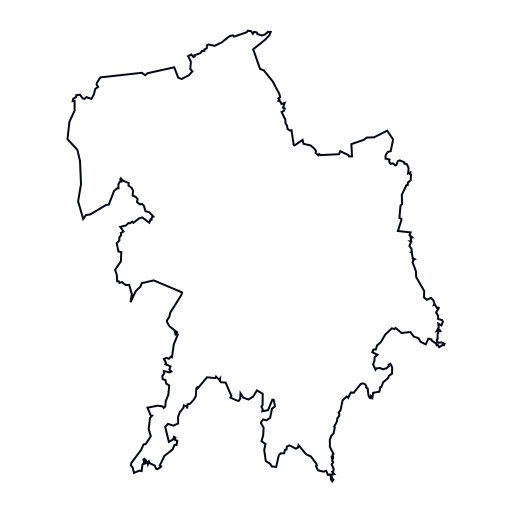 Morelia, Michoacán, Mexico (Equal Earth projection)
{"feature_id": "50627088B87271210555376", "entity_name": "Morelia", "entity_type": "district", "adm_level": 2, "iso_a3": "MEX", "parent_name": "Mexico", "parent_adm1": "Michoacán", "projection": "equal_earth", "projection_center": [-101.279, 19.655], "detail": "fine", "context": "isolated", "style": "outline", "palette": "ink", "viewbox_px": 512, "rotation_deg": 0, "n_neighbors": 0, "source": "geoboundaries", "source_scale": "gbopen_adm2", "svg_char_len": 6041}
<svg xmlns="http://www.w3.org/2000/svg" viewBox="0 0 512 512"><path d="M383.1,382.3L388.0,378.2L388.9,375.8L392.0,373.7L392.2,367.4L390.4,363.8L388.6,364.7L388.8,366.2L386.6,368.2L383.0,369.3L380.0,368.0L376.4,368.4L375.5,369.7L373.1,364.3L374.5,360.5L374.5,357.5L377.5,354.8L372.3,352.2L373.4,349.6L375.8,349.5L377.1,345.4L380.8,342.2L385.3,334.5L391.9,328.3L394.4,329.1L395.6,328.0L401.6,333.0L410.3,332.0L413.8,336.6L418.6,338.2L420.3,341.6L425.8,344.4L428.3,338.7L431.5,339.4L431.7,340.6L435.9,343.4L436.7,345.2L437.6,344.6L439.2,347.2L442.9,344.7L444.0,345.1L444.5,343.8L441.7,342.4L438.5,342.7L437.2,341.9L436.8,339.9L437.6,339.0L437.6,334.0L438.9,331.1L440.3,331.1L439.5,329.8L436.8,330.9L438.7,327.5L438.3,323.6L441.4,325.5L442.9,321.7L442.2,320.2L438.0,318.9L438.1,315.8L436.1,312.4L439.2,307.3L437.4,308.6L434.7,304.3L433.9,304.7L434.4,303.3L433.4,300.4L431.0,297.9L426.8,299.8L424.0,297.4L424.2,291.0L416.2,277.1L415.9,271.2L412.6,262.3L413.3,259.9L414.7,259.2L412.7,258.3L411.9,252.9L410.9,252.3L411.8,251.4L411.4,248.7L409.4,245.9L411.1,242.0L410.2,241.3L411.3,241.3L410.6,237.3L412.1,237.3L409.5,235.0L410.6,232.4L397.9,231.0L401.3,220.4L401.3,218.8L399.4,218.0L400.5,205.5L402.1,204.1L401.8,194.9L406.4,185.2L407.7,185.1L407.9,182.6L410.7,180.2L411.0,174.5L410.1,174.2L410.3,172.5L408.1,173.5L408.6,168.2L406.9,164.2L404.3,163.6L404.4,162.3L399.8,160.4L397.8,161.2L396.4,164.9L395.2,165.4L393.0,163.4L390.6,163.9L389.0,161.2L389.5,159.5L385.5,158.6L385.6,155.3L387.8,151.9L390.7,151.2L393.1,139.5L387.2,130.7L374.1,137.3L366.8,137.6L363.6,139.9L351.4,144.1L352.0,156.4L349.0,156.5L348.5,155.2L340.3,151.2L339.0,154.2L320.5,155.1L319.2,154.1L318.3,155.3L315.6,153.0L316.0,150.9L314.5,148.8L310.7,145.5L303.5,143.8L302.6,139.9L294.6,145.4L293.7,145.0L291.5,130.2L289.8,130.5L287.5,128.8L287.0,125.5L285.6,123.6L285.3,119.7L281.6,112.0L284.1,110.7L284.8,108.4L283.0,107.7L284.7,102.9L281.5,104.0L280.3,101.5L278.5,100.9L279.4,99.4L278.5,98.4L280.2,97.2L279.3,93.8L272.7,81.4L263.9,70.5L260.0,68.8L253.2,49.3L264.9,39.9L269.5,35.1L270.7,32.0L268.0,31.8L264.8,34.6L261.7,35.5L257.2,33.9L257.2,32.6L254.2,31.8L252.9,33.8L251.1,31.2L247.9,30.7L246.6,32.3L234.1,36.6L232.9,35.3L229.5,36.2L221.6,42.5L214.6,45.8L208.4,44.5L207.0,45.4L206.7,48.4L204.5,49.3L204.4,50.9L202.0,50.9L200.5,53.1L194.5,55.2L194.7,56.5L193.3,56.9L191.3,54.5L188.1,56.2L190.9,61.6L190.3,69.0L192.4,71.4L188.7,75.4L181.6,79.0L178.2,77.7L174.2,67.3L147.6,73.2L145.1,75.3L141.9,72.8L100.4,77.4L96.9,82.8L96.6,84.7L98.1,86.9L95.2,89.0L93.9,94.4L91.4,98.9L86.4,97.1L84.6,98.9L82.7,98.4L79.9,94.7L76.3,95.2L76.1,97.0L73.3,98.7L72.7,101.1L74.6,100.9L74.6,110.6L69.4,121.8L67.5,139.1L77.4,149.9L80.0,161.0L81.0,184.2L78.1,201.3L83.2,219.0L85.9,215.1L90.3,214.4L106.2,204.9L108.8,204.6L114.0,191.0L117.3,188.2L118.5,188.3L118.4,184.4L119.9,181.6L121.2,181.6L120.3,179.2L120.9,178.3L122.6,180.5L128.7,183.0L128.5,185.5L131.9,188.2L133.1,190.7L132.6,195.5L135.8,196.9L137.6,199.0L137.0,202.1L139.9,204.3L142.2,204.0L143.9,205.9L145.5,211.2L149.4,212.4L153.4,216.6L151.9,217.3L151.5,219.7L150.5,219.4L149.3,222.7L142.2,217.4L139.2,218.3L133.4,222.8L132.3,221.7L130.0,223.3L128.5,222.9L126.1,225.4L120.3,226.9L123.5,231.5L120.8,233.1L121.3,235.0L119.3,237.5L119.4,240.4L116.7,243.3L118.5,251.5L121.3,252.1L120.9,261.3L115.1,269.7L116.8,274.9L117.2,281.3L118.6,281.2L119.5,282.9L121.9,282.1L125.7,285.0L129.2,284.9L131.8,294.1L130.5,302.2L135.9,290.8L140.4,286.8L141.7,283.2L153.7,280.4L182.1,292.4L181.4,294.9L170.3,312.6L169.2,317.2L167.0,320.2L167.2,322.5L169.5,326.3L176.9,332.1L176.8,334.5L177.7,334.9L173.8,344.3L171.9,357.3L170.7,356.8L168.9,358.8L166.5,357.8L163.9,359.0L166.1,363.1L165.4,364.2L170.5,366.4L169.4,369.6L171.3,371.5L169.5,372.4L163.8,371.0L164.2,373.3L162.3,376.1L162.7,379.3L165.4,379.9L166.2,383.5L169.2,385.5L168.3,394.9L165.7,401.2L165.3,406.4L163.7,407.9L162.6,406.4L157.5,405.7L147.5,407.7L150.8,415.5L152.0,415.7L150.0,418.0L148.7,429.1L150.8,436.2L145.7,444.1L143.6,444.4L141.0,450.1L131.5,462.7L130.8,465.2L132.7,467.6L134.0,472.9L139.3,470.6L141.6,471.1L142.5,464.7L144.0,463.1L143.5,459.4L144.4,458.8L145.9,460.4L145.5,463.3L147.6,462.1L148.0,464.1L149.0,461.7L149.6,463.1L154.6,465.5L156.2,468.8L157.4,469.2L160.6,467.2L161.1,466.4L159.8,465.5L164.4,455.9L172.6,449.5L174.5,445.0L176.5,445.0L177.2,440.8L174.9,439.8L175.4,437.6L174.0,436.8L173.2,439.4L168.9,441.9L165.2,426.9L167.9,423.9L173.4,425.6L178.9,423.2L178.1,423.2L178.1,416.8L179.8,412.3L183.5,407.6L183.8,405.4L186.9,406.5L187.2,408.5L187.5,404.3L189.9,403.8L193.7,399.9L195.8,396.1L196.3,388.5L197.2,387.4L197.8,388.3L207.0,377.3L215.3,378.1L216.0,376.6L219.1,379.6L220.1,378.4L219.9,381.2L221.0,382.2L225.6,382.6L231.4,395.9L230.4,397.6L237.0,400.6L238.8,400.8L240.2,398.6L240.5,393.3L243.2,397.6L248.5,399.5L253.1,396.6L257.0,390.4L262.7,393.8L262.6,405.0L261.4,406.7L262.7,409.3L262.3,411.3L268.0,410.2L272.4,399.6L273.7,399.8L275.0,406.3L272.0,408.7L270.1,417.9L266.3,420.3L263.1,419.4L260.8,422.8L263.6,427.7L263.2,435.3L261.5,441.1L265.5,444.1L264.2,450.0L265.8,461.1L270.2,463.8L271.9,466.5L276.2,466.9L278.8,455.2L280.9,453.3L284.1,453.3L285.0,449.9L286.5,449.4L286.9,446.5L289.6,445.4L295.9,448.7L298.0,447.5L298.5,445.1L306.1,454.3L310.8,456.4L316.4,463.8L316.8,465.4L316.0,466.0L317.9,470.3L323.1,471.6L326.3,471.0L327.9,475.0L329.5,474.5L330.9,476.5L330.8,479.1L332.2,481.3L333.3,479.7L332.2,478.8L331.4,474.5L334.3,474.1L332.2,471.8L333.5,470.8L333.7,469.1L331.7,464.4L333.2,462.3L332.1,460.6L332.9,458.6L331.9,458.4L331.7,456.7L333.0,456.7L332.6,454.7L333.5,453.9L329.9,447.0L329.8,439.7L331.3,435.9L333.6,433.3L334.8,427.6L334.2,426.6L337.0,421.4L337.3,418.3L339.0,416.2L339.4,414.0L338.6,412.5L340.5,410.4L342.6,400.3L346.8,396.5L348.2,397.8L350.9,392.4L353.7,392.8L360.8,383.9L362.8,383.4L364.7,384.0L366.4,386.0L366.1,387.5L367.7,388.5L368.4,395.0L369.6,397.8L370.6,398.2L371.0,396.1L372.4,397.8L373.1,392.8L379.4,391.7L380.3,387.1L381.5,386.8L383.1,382.3ZM175.9,332.2L174.8,331.6L175.3,333.6L175.9,332.2Z" fill="none" stroke="#020617" stroke-width="2"/></svg>